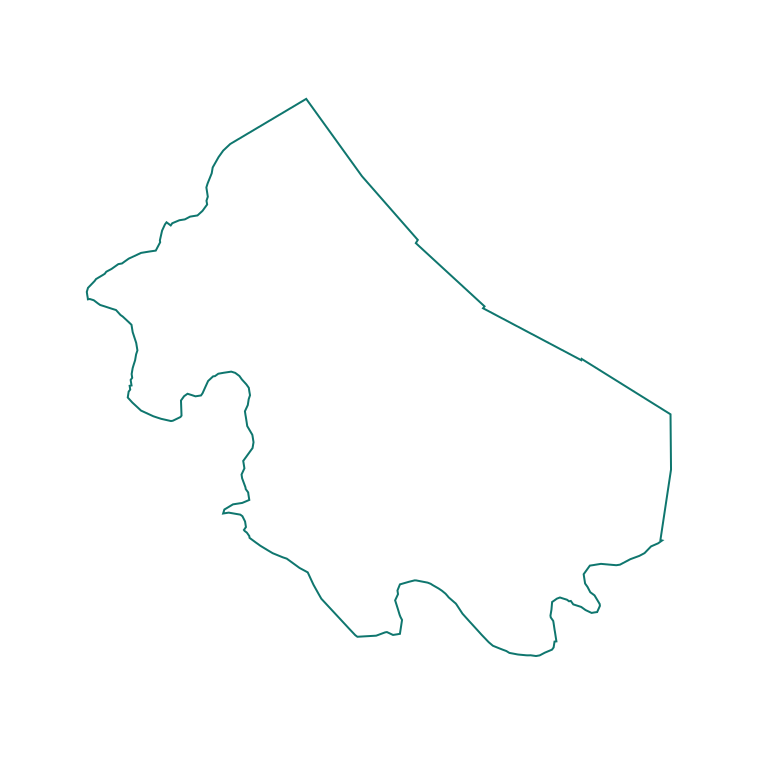 the district of Guhayna Al-Gharbiyya, Suhaj, Egypt, rotated 170°
{"feature_id": "37247803B67659065091710", "entity_name": "Guhayna Al-Gharbiyya", "entity_type": "district", "adm_level": 2, "iso_a3": "EGY", "parent_name": "Egypt", "parent_adm1": "Suhaj", "projection": "mercator", "projection_center": [31.495, 26.688], "detail": "fine", "context": "isolated", "style": "outline", "palette": "teal", "viewbox_px": 768, "rotation_deg": 170, "n_neighbors": 0, "source": "geoboundaries", "source_scale": "gbopen_adm2", "svg_char_len": 3345}
<svg xmlns="http://www.w3.org/2000/svg" viewBox="0 0 768 768"><g transform="rotate(170 384 384)"><path d="M547.3,264.6L546.7,263.4L544.9,261.5L543.1,257.7L543.1,255.8L541.3,253.9L537.7,250.1L535.8,248.2L534.0,246.3L527.3,240.4L523.0,236.7L513.8,230.9L510.1,228.9L499.1,217.5L493.9,213.4L491.8,211.7L489.4,202.6L488.3,198.5L485.0,189.0L483.0,183.4L461.1,149.5L455.9,141.6L454.1,139.7L435.4,137.5L426.1,139.2L424.2,139.2L418.7,135.3L414.5,135.2L411.7,135.2L411.1,137.0L409.2,142.6L407.2,148.5L408.2,151.6L408.7,154.0L409.4,159.9L410.6,169.0L406.7,174.6L406.6,178.3L403.1,183.9L393.6,184.9L389.4,185.2L387.9,185.3L386.5,185.0L376.8,181.3L375.5,180.8L372.7,179.1L371.1,177.6L365.7,173.1L362.8,170.3L359.8,166.8L358.1,164.0L357.4,162.7L352.4,156.5L351.6,155.6L351.0,154.5L346.6,144.2L340.8,134.9L339.9,133.5L336.6,128.3L333.0,122.6L331.5,120.2L326.3,112.4L325.6,111.4L322.2,107.3L316.6,103.8L313.0,101.6L309.9,99.8L307.2,97.4L303.7,96.1L299.5,94.5L298.2,94.1L290.9,92.1L288.9,91.7L286.8,91.4L281.5,89.7L277.8,89.7L272.2,91.5L264.7,93.2L262.7,95.1L260.8,100.7L258.9,100.6L258.7,110.0L258.7,111.9L258.5,119.4L258.5,121.3L260.3,125.1L260.3,127.0L258.3,132.6L256.3,140.1L251.0,142.6L247.8,143.2L245.0,141.7L241.3,139.8L239.5,137.9L237.7,137.9L235.9,134.1L228.5,130.2L224.8,126.4L219.3,122.5L216.4,122.5L213.7,122.4L209.9,128.0L209.8,129.9L213.4,139.3L217.0,143.1L218.8,148.8L220.6,152.6L220.5,158.2L220.4,162.0L216.6,165.7L212.8,169.4L209.1,169.3L207.2,169.3L201.6,169.2L194.2,167.2L186.7,165.2L183.0,165.1L177.4,166.9L171.8,168.7L162.4,170.4L156.8,172.2L149.2,177.7L141.7,179.5L137.3,181.6L138.9,182.3L116.2,249.9L107.1,304.4L185.0,374.4L185.6,373.2L273.3,441.4L271.5,443.0L328.2,517.2L325.7,520.0L369.6,592.4L411.1,678.3L493.7,647.1L501.8,641.8L507.5,636.2L515.1,627.0L517.1,621.4L522.9,612.1L524.8,608.4L525.0,599.0L527.0,595.3L527.0,591.5L532.7,586.0L538.4,582.4L545.9,582.5L551.5,580.7L557.1,580.8L561.5,579.8L564.6,579.1L566.5,577.2L570.1,581.0L572.0,579.2L575.9,573.6L579.8,564.3L579.8,562.5L585.6,555.0L592.0,555.2L600.5,555.3L613.6,551.8L617.4,550.0L621.1,548.2L624.8,548.2L628.6,546.4L632.4,544.6L638.0,542.8L639.9,541.0L642.4,540.0L649.3,537.4L651.2,535.6L658.8,530.1L660.7,526.3L660.8,522.6L660.8,520.1L660.9,518.8L659.0,518.8L655.3,516.9L651.7,513.0L649.8,511.1L646.1,509.2L638.8,505.3L635.1,503.4L631.5,497.7L629.6,495.8L622.4,486.2L622.5,478.7L620.9,467.5L621.0,459.9L623.0,456.2L625.0,450.6L626.3,448.1L627.2,446.4L628.8,443.2L630.8,437.6L630.9,433.8L632.8,432.0L632.9,426.4L634.8,426.4L634.9,422.6L636.8,420.8L638.7,415.2L635.1,409.5L627.9,400.0L616.8,392.3L613.1,390.3L609.5,388.4L600.2,384.5L598.3,384.5L590.2,386.8L588.9,388.0L586.8,403.0L583.0,406.7L579.2,408.5L575.5,406.6L571.8,404.6L566.2,404.5L564.3,406.4L560.5,412.0L556.7,417.5L551.0,421.2L549.1,421.1L545.4,422.9L539.8,422.9L536.0,422.8L532.3,422.7L528.6,420.8L525.0,417.0L523.2,413.2L519.6,407.5L517.8,403.7L517.9,399.9L517.9,396.2L519.9,392.5L521.8,386.9L525.7,381.3L525.8,377.5L525.8,375.7L525.9,370.0L526.0,366.3L522.5,356.8L522.5,355.0L522.6,349.3L524.6,343.7L526.5,341.9L530.3,338.2L536.0,332.7L536.1,325.2L540.0,319.6L540.1,315.8L538.4,306.4L538.4,304.5L536.6,300.8L536.7,298.9L536.8,293.2L544.3,291.5L553.6,291.7L563.0,288.1L564.9,284.4L559.3,284.3L548.2,280.3L546.4,278.4L544.7,272.7L544.8,267.1L547.3,264.6Z" fill="none" stroke="#0f766e" stroke-width="2"/></g></svg>